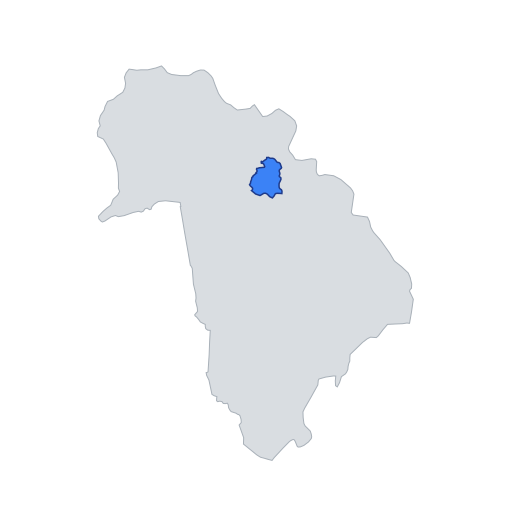 location of Nayala within Burkina Faso, rotated 81°
{"feature_id": "BFA-2807", "entity_name": "Nayala", "entity_type": "Province", "adm_level": 1, "iso_a3": "BFA", "parent_name": "Burkina Faso", "parent_adm1": "", "projection": "orthographic", "projection_center": [-3.069, 12.674], "detail": "fine", "context": "in_parent", "style": "filled", "palette": "blue", "viewbox_px": 512, "rotation_deg": 81, "n_neighbors": 0, "source": "natural_earth", "source_scale": "10m", "svg_char_len": 4456}
<svg xmlns="http://www.w3.org/2000/svg" viewBox="0 0 512 512"><g transform="rotate(81 256 256)"><path d="M384.5,321.2L371.1,321.9L366.3,323.4L363.4,323.5L363.3,322.3L362.9,321.5L346.1,317.7L334.3,315.4L322.3,312.8L321.7,315.3L319.9,317.0L317.4,317.1L315.6,316.8L314.4,318.7L312.4,321.3L309.7,322.6L307.0,324.2L305.5,325.6L304.4,325.7L301.6,322.4L298.0,322.1L291.2,322.7L288.1,321.8L283.9,321.4L274.1,322.2L258.3,320.9L255.8,321.7L255.1,322.3L239.5,322.5L222.3,322.8L208.0,322.9L195.4,323.1L195.4,322.5L191.3,322.5L190.9,323.6L187.3,336.7L186.9,343.9L188.8,348.3L191.0,351.1L193.4,352.3L193.6,353.9L191.7,356.0L191.9,358.1L194.1,360.3L194.7,362.5L193.5,365.0L193.8,370.7L195.5,379.9L195.6,385.8L194.0,388.5L194.7,393.1L197.8,399.7L198.4,402.4L197.3,403.7L194.7,405.4L192.1,405.4L189.0,401.4L187.7,399.6L185.2,395.6L183.2,391.6L180.3,389.8L177.6,388.2L174.2,383.1L170.9,380.6L167.5,381.3L162.5,380.4L152.3,379.1L141.4,379.4L136.9,380.6L132.4,382.4L121.1,386.5L116.6,388.5L113.2,393.6L109.4,393.5L105.5,391.8L103.1,389.5L98.0,390.0L93.0,387.7L88.2,383.2L84.7,381.7L80.1,378.4L78.9,372.3L76.1,368.0L73.5,362.0L69.6,359.2L65.1,357.8L58.9,358.0L54.8,355.6L51.6,352.1L52.5,349.0L53.9,344.7L54.1,340.6L55.2,333.9L54.6,325.4L53.5,319.6L57.0,317.1L61.0,315.0L63.5,311.0L66.1,302.1L67.3,294.3L66.5,291.5L65.2,289.2L64.2,285.8L63.6,281.8L64.3,278.2L67.4,274.9L71.1,272.2L73.8,270.9L80.9,269.6L89.7,267.6L94.8,265.3L98.6,263.0L100.6,261.2L102.8,257.4L106.2,254.5L108.9,251.6L109.3,243.4L109.3,238.7L107.3,236.1L106.3,233.9L119.3,227.6L119.5,223.1L117.7,218.0L115.1,213.9L114.2,210.4L117.8,206.3L121.0,203.2L123.4,200.6L128.5,196.5L133.9,195.5L138.7,197.1L152.9,206.6L155.4,207.2L158.4,206.4L162.1,204.0L167.0,202.0L168.8,195.7L168.6,186.3L169.7,182.1L172.3,181.3L180.5,183.1L182.6,183.2L185.0,182.6L186.7,181.0L186.7,178.0L186.3,175.3L188.9,166.7L193.8,160.2L203.6,152.0L206.7,150.4L210.2,149.6L227.9,155.1L230.7,153.7L235.0,139.8L239.7,138.5L245.4,138.2L249.1,137.0L251.1,136.1L259.4,130.8L274.1,123.5L282.0,120.4L283.5,119.3L289.1,114.1L296.6,108.3L301.4,107.1L308.0,106.6L312.2,107.5L313.3,109.1L314.7,109.9L323.3,107.4L335.7,111.2L346.5,114.9L345.8,117.4L345.8,121.7L345.0,128.6L344.1,136.8L348.6,142.1L354.0,147.7L355.4,149.9L354.1,155.6L355.1,158.9L358.0,164.3L362.9,171.2L367.9,178.4L371.3,179.3L374.5,179.8L376.5,181.1L379.4,182.3L382.3,183.0L384.8,184.6L386.4,186.1L388.5,190.5L394.1,193.3L398.0,196.2L396.5,197.7L391.7,197.2L387.1,196.0L386.6,198.1L386.5,206.2L387.3,213.0L388.4,213.9L393.0,215.1L404.0,223.7L414.0,231.8L417.3,234.0L422.8,234.7L428.9,234.9L431.5,234.1L437.4,229.8L440.5,229.3L443.4,229.3L445.0,230.0L447.9,233.3L450.6,238.4L451.5,242.2L451.3,244.3L450.4,245.1L445.5,246.2L443.5,247.0L443.0,248.1L443.8,250.7L444.7,252.3L450.2,259.7L458.0,269.6L460.4,272.1L459.1,275.1L455.4,283.1L452.5,286.4L439.8,297.8L433.5,296.6L420.3,299.1L418.2,296.6L415.1,296.3L411.3,296.8L409.9,297.8L409.5,298.9L408.1,300.4L405.8,304.9L403.9,306.0L401.5,306.8L398.6,306.7L396.9,307.3L397.0,309.5L396.5,311.4L394.5,312.4L393.7,314.5L393.9,316.6L392.8,317.6L390.3,317.1L388.8,316.6L387.4,319.3L385.7,321.2L384.5,321.2Z" fill="#d9dde1" stroke="#a8b0b8" stroke-width="1"/><path d="M201.2,230.7L199.7,233.0L198.4,234.0L197.0,234.9L196.2,235.7L195.5,236.8L195.3,238.4L195.9,240.0L196.5,241.4L196.9,242.6L194.7,246.7L190.7,250.2L190.4,249.6L189.5,248.9L188.4,248.8L187.5,249.3L186.3,250.3L185.9,250.6L185.2,250.9L184.7,251.2L184.4,251.2L183.5,250.2L183.0,250.0L181.9,249.7L179.8,248.5L179.1,248.2L178.5,248.1L178.1,248.0L177.5,247.4L177.4,247.3L177.2,246.9L177.2,246.7L176.4,246.4L174.3,242.7L173.9,243.1L173.4,242.6L173.1,242.2L172.8,241.8L172.0,241.6L170.8,241.9L170.2,241.9L169.7,241.6L169.8,241.4L169.4,239.0L169.7,233.9L169.2,233.4L167.6,233.7L166.2,234.1L165.7,234.6L165.3,236.0L165.0,236.3L164.5,236.2L164.1,235.9L163.8,236.0L163.7,236.1L163.4,235.9L163.9,235.1L163.9,234.6L162.6,232.2L162.1,230.9L161.9,230.5L161.6,230.3L160.9,230.1L160.4,230.0L160.6,228.1L161.0,227.7L161.7,226.7L162.1,224.2L162.6,223.2L163.6,222.2L166.5,220.6L167.0,219.9L167.2,218.8L168.4,217.7L172.7,216.9L173.4,217.4L174.1,218.7L174.9,219.6L175.9,219.8L177.1,219.6L178.2,219.5L179.5,219.9L180.6,220.6L181.4,220.4L182.4,219.3L184.0,219.3L185.7,220.3L186.9,221.2L188.2,221.9L189.8,222.2L191.6,222.4L193.0,222.1L194.6,220.5L195.9,220.2L196.7,220.3L198.4,220.7L198.1,221.7L197.4,225.2L197.4,226.9L197.9,227.5L199.5,228.7L201.2,230.7Z" fill="#3b82f6" stroke="#1e3a8a" stroke-width="1.5"/></g></svg>